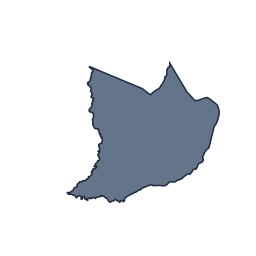 an SVG outline of El Beni, rotated 236°
{"feature_id": "BOL-1293", "entity_name": "El Beni", "entity_type": "Department", "adm_level": 1, "iso_a3": "BOL", "parent_name": "Bolivia", "parent_adm1": "", "projection": "natural_earth1", "projection_center": [-65.092, -13.43], "detail": "fine", "context": "isolated", "style": "filled", "palette": "slate", "viewbox_px": 256, "rotation_deg": 236, "n_neighbors": 0, "source": "natural_earth", "source_scale": "10m", "svg_char_len": 5686}
<svg xmlns="http://www.w3.org/2000/svg" viewBox="0 0 256 256"><g transform="rotate(236 128 128)"><path d="M108.1,41.3L108.2,41.6L108.3,41.7L107.7,42.9L107.3,43.3L106.7,43.5L107.1,44.3L106.9,44.7L106.9,45.2L107.2,46.1L107.1,48.0L107.5,48.5L107.9,48.8L108.3,49.2L108.4,50.0L108.2,51.6L107.8,52.9L108.0,53.3L108.9,53.6L109.4,53.9L109.7,54.4L109.9,54.8L110.1,57.2L110.4,57.8L110.4,58.1L110.3,58.4L109.8,58.9L109.4,59.6L109.4,60.1L109.6,61.1L109.4,61.7L108.4,62.5L108.1,63.0L108.0,63.7L108.3,64.1L108.7,64.5L108.9,64.9L108.8,65.3L108.2,65.8L108.3,66.5L108.6,67.1L109.8,68.0L109.7,68.3L109.1,69.2L109.1,69.5L109.9,72.2L110.6,73.0L111.4,72.7L112.3,73.4L112.5,73.7L112.5,74.0L112.3,74.5L112.4,75.3L113.0,75.5L113.5,75.9L113.6,76.2L113.1,76.4L113.0,76.7L113.1,77.4L112.8,78.3L112.8,79.4L112.9,79.8L113.7,80.6L114.0,80.7L114.2,80.4L114.5,78.7L114.6,78.4L115.0,78.3L115.0,78.6L115.0,79.2L115.3,79.6L116.1,80.1L116.4,81.0L116.8,82.0L116.8,83.1L116.9,83.7L117.1,84.0L117.6,84.2L117.8,84.5L117.8,84.9L117.4,85.7L117.3,86.2L117.5,86.7L117.8,87.0L118.5,87.4L119.6,87.4L121.1,87.9L121.7,87.6L122.8,88.1L123.1,89.1L123.4,89.6L124.2,90.6L124.0,91.0L124.1,91.3L124.4,91.4L124.7,91.3L124.8,90.3L124.9,90.2L125.3,90.1L125.5,90.8L125.5,91.0L125.3,91.5L125.9,92.3L127.7,93.3L128.8,93.4L129.2,93.8L129.7,94.1L129.7,93.9L130.2,94.0L130.6,94.4L130.7,94.9L130.6,96.2L130.1,97.3L130.2,97.8L131.1,98.3L131.8,99.5L132.5,100.2L133.0,100.4L133.5,100.5L134.5,100.3L134.9,100.4L135.1,101.3L135.6,101.3L136.4,100.7L136.9,100.7L137.3,100.8L137.7,101.1L138.4,101.9L138.6,102.0L139.2,101.1L139.6,101.6L141.1,101.7L141.6,102.5L142.1,102.4L142.8,102.1L143.2,102.2L143.7,102.7L144.1,102.7L144.4,102.4L145.5,100.7L147.0,100.1L150.5,100.7L151.9,101.6L152.9,102.5L153.4,102.8L154.5,102.9L154.7,103.0L155.1,103.6L155.3,104.4L155.9,104.8L156.1,105.3L157.0,106.1L157.8,106.4L158.5,107.0L158.8,107.2L160.5,107.2L160.8,107.1L161.2,106.6L161.7,106.2L162.2,106.2L162.5,105.6L163.3,105.2L164.8,105.8L165.0,106.1L165.2,107.2L165.5,107.7L165.3,108.0L165.3,108.3L166.2,109.3L166.3,109.6L166.4,110.3L166.6,110.8L166.9,111.2L167.2,111.5L167.7,111.6L168.3,111.3L168.5,111.7L169.9,113.8L170.0,114.0L170.7,114.1L170.8,114.2L171.0,115.0L171.3,115.4L171.7,115.7L172.2,116.0L172.2,115.4L172.5,115.3L173.4,115.2L173.9,114.7L174.2,114.7L174.7,115.0L175.1,115.5L175.2,116.4L175.3,116.5L177.4,117.6L179.0,117.5L179.5,117.6L179.8,117.9L180.5,118.8L180.5,119.2L181.0,119.3L181.7,119.7L182.8,119.8L183.1,119.8L183.4,119.5L183.9,119.7L184.3,119.6L184.7,119.4L185.8,119.1L186.1,119.2L186.7,119.7L186.8,119.0L187.0,119.1L187.6,119.9L187.8,120.0L188.2,120.0L188.2,122.3L188.3,122.8L188.5,123.2L189.1,123.6L190.1,125.0L190.5,125.2L190.9,126.0L192.0,126.7L193.2,128.0L194.1,128.7L194.7,130.8L194.9,131.1L195.5,131.2L196.9,130.8L197.4,131.0L197.9,130.7L199.0,130.3L200.9,130.1L152.6,161.9L144.1,164.7L143.0,165.3L143.5,168.0L143.6,171.3L143.7,172.8L143.7,173.6L143.3,175.2L143.6,176.6L143.7,177.0L144.5,178.4L145.4,181.3L148.0,185.8L148.4,186.2L149.3,186.7L149.7,187.2L149.8,187.6L149.9,189.0L150.1,189.3L151.2,190.7L151.5,190.9L152.0,191.0L152.3,191.1L153.0,191.8L154.3,192.5L154.7,193.2L155.0,193.9L155.7,194.9L155.8,196.3L155.9,196.9L156.1,197.2L157.0,198.2L158.2,198.6L158.6,198.9L126.1,197.1L125.7,197.0L125.4,196.8L123.0,197.4L113.7,198.7L113.0,199.2L111.8,201.5L111.1,203.4L111.0,203.8L111.0,204.7L109.7,209.3L109.3,210.1L109.0,210.6L106.7,211.9L98.2,214.6L97.4,214.7L96.2,214.7L93.6,214.0L91.7,213.3L90.5,212.7L88.1,210.9L87.6,210.4L83.6,205.6L82.2,203.4L81.4,201.1L81.2,200.5L73.3,191.6L68.4,186.4L67.9,185.3L67.7,185.1L66.7,184.5L66.4,184.2L66.3,183.9L66.1,183.3L66.3,181.8L66.2,181.0L64.7,177.5L64.0,176.4L63.1,175.3L62.4,173.8L61.9,173.2L61.3,173.1L60.7,173.2L60.2,173.1L59.2,172.4L58.8,171.9L58.5,170.8L58.4,169.8L58.7,167.5L58.7,166.4L58.6,165.7L58.4,165.3L57.2,164.1L56.7,163.3L55.9,161.3L56.1,160.8L56.9,160.0L57.1,159.4L57.1,158.8L56.9,158.3L56.7,157.8L56.1,157.2L56.0,156.9L56.0,156.2L55.7,155.8L55.3,154.8L55.1,153.6L55.2,153.1L55.5,152.9L56.3,152.5L56.6,152.1L56.7,151.6L56.4,150.2L56.5,148.5L56.2,145.9L55.9,144.6L55.9,144.2L56.5,140.8L57.2,139.6L57.2,139.0L56.9,138.2L56.9,137.7L57.4,136.0L58.4,134.9L58.9,134.0L59.9,132.5L60.1,132.1L60.1,131.5L59.7,130.8L59.3,128.2L59.3,127.2L59.6,126.2L60.7,124.4L61.1,123.9L61.9,123.1L63.9,120.5L64.2,119.4L65.0,118.7L66.0,116.7L66.4,116.3L66.9,116.2L67.3,116.2L67.6,116.1L68.8,112.9L70.1,106.3L70.2,105.6L69.7,103.7L70.6,102.1L70.7,101.7L70.5,101.2L70.4,100.9L70.4,99.1L70.4,98.6L71.2,96.9L70.8,95.4L71.0,94.8L71.6,93.5L71.5,92.8L71.3,92.1L71.4,91.5L71.7,90.2L71.8,89.0L71.7,87.6L71.4,86.2L70.8,85.1L70.5,84.6L70.3,84.5L69.9,84.7L69.6,84.1L69.5,83.4L69.6,82.8L70.0,82.7L70.4,82.8L70.8,82.6L71.6,82.0L71.8,81.3L71.7,80.9L71.1,80.1L71.1,79.6L71.5,79.4L72.8,79.4L73.8,78.2L74.2,78.1L75.1,78.1L75.5,77.9L75.8,77.3L75.8,76.7L75.6,75.3L75.8,74.7L76.4,74.0L76.5,73.4L76.4,72.7L76.4,72.0L76.7,71.4L77.2,71.2L79.5,71.0L81.1,71.2L81.7,71.0L83.1,70.1L84.8,69.8L85.5,69.6L85.7,68.4L87.0,68.1L87.3,67.5L87.2,67.1L86.9,66.9L86.7,66.5L86.8,65.9L87.0,65.4L87.9,64.1L88.1,63.6L87.9,62.1L87.9,61.4L88.2,61.3L89.1,61.5L89.7,60.9L89.8,60.0L89.8,59.0L90.1,58.1L90.3,57.7L90.7,58.0L91.1,57.8L91.4,57.2L91.6,56.1L92.2,54.8L92.0,54.4L91.7,54.3L91.2,54.6L90.9,54.6L90.6,54.3L90.6,54.1L91.4,53.8L92.4,52.9L93.0,52.6L93.9,52.8L95.0,53.2L95.8,53.3L96.1,52.4L96.0,51.9L95.8,51.4L95.4,51.0L94.9,50.9L94.7,50.6L94.8,50.1L95.2,49.6L95.5,49.3L95.8,49.5L96.1,49.9L96.5,50.6L96.8,50.7L97.4,50.6L98.5,50.1L99.1,49.6L99.3,49.1L99.3,47.8L99.0,46.6L99.1,46.2L99.7,46.0L101.2,46.4L101.8,46.1L102.7,45.2L104.9,44.0L105.0,43.7L105.2,43.2L105.6,42.5L106.4,41.7L106.8,41.5L108.1,41.3Z" fill="#64748b" stroke="#1e293b" stroke-width="1.5"/></g></svg>